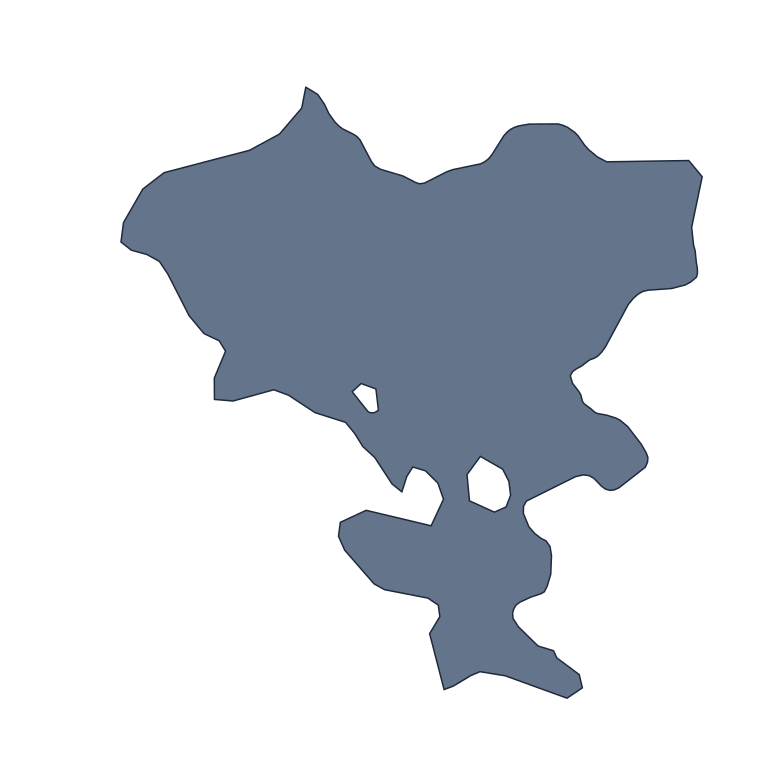 an SVG outline of Tavush, rotated 191°
{"feature_id": "ARM-1670", "entity_name": "Tavush", "entity_type": "Province", "adm_level": 1, "iso_a3": "ARM", "parent_name": "Armenia", "parent_adm1": "", "projection": "equal_earth", "projection_center": [45.046, 40.964], "detail": "fine", "context": "isolated", "style": "filled", "palette": "slate", "viewbox_px": 768, "rotation_deg": 191, "n_neighbors": 0, "source": "natural_earth", "source_scale": "10m", "svg_char_len": 2437}
<svg xmlns="http://www.w3.org/2000/svg" viewBox="0 0 768 768"><g transform="rotate(191 384 384)"><path d="M209.4,120.7L234.9,119.9L243.1,114.4L258.3,100.7L266.7,95.5L291.6,147.7L284.8,166.3L288.5,177.3L300.1,182.2L344.1,182.2L355.6,185.9L390.8,213.3L399.6,225.8L400.5,239.9L377.4,256.6L310.7,253.8L303.6,282.2L312.2,297.0L326.8,306.7L339.9,308.0L344.0,297.5L345.9,281.5L357.0,287.4L379.1,310.1L392.9,318.6L403.3,329.8L414.4,339.0L446.2,342.7L475.7,354.8L491.1,357.3L522.5,341.7L528.9,338.5L547.5,336.5L551.7,357.4L545.8,386.0L554.1,395.0L563.7,397.4L570.4,399.2L588.3,413.8L617.2,450.7L627.9,461.5L641.6,465.9L657.5,467.1L669.3,473.2L670.5,492.8L658.0,529.3L640.2,549.5L588.0,574.6L560.7,587.7L534.3,609.4L517.4,639.2L517.4,660.4L517.2,660.4L504.3,655.6L495.8,647.2L489.7,638.9L482.0,631.7L477.6,628.7L473.4,626.6L461.5,623.3L457.7,621.7L454.1,619.0L438.6,599.8L434.6,596.2L428.3,594.1L405.0,591.8L391.6,587.9L387.4,587.3L382.7,588.9L362.9,604.3L357.3,607.6L331.3,618.5L327.6,621.3L324.4,625.0L321.9,629.5L313.8,650.4L311.4,654.5L308.6,657.9L305.1,660.7L301.1,663.0L291.2,666.8L262.8,672.5L257.7,672.1L252.6,670.9L244.9,667.5L240.8,664.6L232.5,656.6L227.7,653.0L217.8,647.6L207.8,644.6L127.5,661.5L111.2,648.2L111.9,596.5L106.6,579.4L104.0,574.2L100.5,562.6L98.5,557.4L97.5,553.0L97.6,548.6L102.2,542.8L107.2,538.7L119.9,532.6L142.9,526.4L147.8,524.1L151.9,520.5L155.7,515.5L159.4,508.6L173.7,462.7L176.5,456.6L179.6,452.0L182.8,449.2L185.8,447.6L187.9,445.7L193.5,439.3L197.7,435.9L201.2,432.2L202.7,427.7L199.1,420.7L191.3,413.8L188.8,411.0L185.8,404.7L183.6,402.7L175.5,398.8L173.5,397.5L171.2,396.3L168.8,395.8L159.5,395.9L149.7,394.8L145.3,393.5L136.6,388.7L119.8,373.8L113.4,366.4L110.9,362.2L110.4,357.5L111.6,352.2L133.5,327.0L137.7,324.0L142.0,322.7L146.7,323.1L151.2,325.3L159.9,331.4L165.2,333.2L171.1,332.8L178.3,329.6L221.9,296.2L223.7,290.5L222.5,283.6L214.6,271.6L207.7,266.1L200.5,262.5L195.0,260.9L190.0,256.1L186.8,247.4L184.0,229.0L185.2,217.0L186.9,210.7L189.8,208.1L199.4,202.7L208.8,195.9L212.0,192.5L213.6,188.3L214.1,183.9L212.6,178.5L205.7,171.3L182.8,156.2L166.7,154.5L162.1,148.1L136.9,136.0L131.3,123.6L144.4,110.5L209.4,120.7ZM275.6,331.3L285.2,310.9L277.8,285.6L251.2,279.3L240.7,286.6L238.5,298.9L242.8,312.2L251.2,323.0L275.6,331.3ZM406.6,380.1L413.7,370.3L394.4,353.8L391.6,353.2L388.9,353.7L386.6,355.0L384.5,357.3L391.0,377.6L406.6,380.1Z" fill="#64748b" stroke="#1e293b" stroke-width="1.5"/></g></svg>